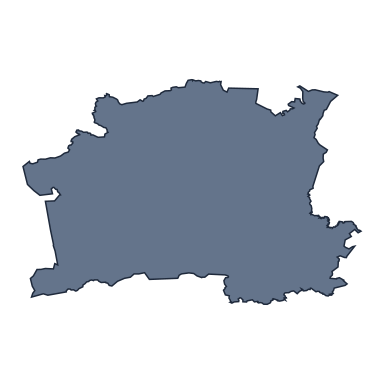 the district of Dzērbenes pag., Vecpiebalgas, Latvia
{"feature_id": "27541924B98442671693527", "entity_name": "Dzērbenes pag.", "entity_type": "district", "adm_level": 2, "iso_a3": "LVA", "parent_name": "Latvia", "parent_adm1": "Vecpiebalgas", "projection": "natural_earth1", "projection_center": [25.681, 57.222], "detail": "fine", "context": "isolated", "style": "filled", "palette": "slate", "viewbox_px": 384, "rotation_deg": 0, "n_neighbors": 0, "source": "geoboundaries", "source_scale": "gbopen_adm2", "svg_char_len": 5929}
<svg xmlns="http://www.w3.org/2000/svg" viewBox="0 0 384 384"><path d="M39.9,195.3L52.5,193.8L51.3,188.9L53.0,187.4L53.9,187.4L55.7,189.3L57.1,189.5L57.7,191.8L58.7,192.4L60.5,194.9L59.4,195.2L54.6,200.9L45.4,201.3L50.6,230.5L53.5,244.4L53.3,245.6L55.1,251.0L57.7,264.9L54.8,263.6L53.4,268.9L45.3,268.5L41.1,269.4L37.0,269.5L33.4,275.9L30.4,278.5L32.3,286.2L34.8,290.6L32.8,293.2L31.5,297.1L43.3,293.8L47.8,295.2L66.3,291.9L66.3,290.8L68.1,289.0L70.2,289.1L71.1,290.0L73.6,289.8L75.5,291.0L76.3,290.9L77.5,290.3L78.9,288.7L82.8,286.8L83.0,285.0L85.1,283.6L86.6,281.9L88.7,281.5L89.6,280.5L91.6,280.0L93.6,280.6L94.2,279.9L97.6,279.9L98.9,281.3L101.2,282.5L105.7,282.2L105.9,282.8L107.8,283.2L109.2,285.4L111.9,286.0L117.5,281.3L124.5,278.3L130.4,277.2L134.1,273.9L138.9,273.9L144.6,272.7L149.4,279.4L177.4,278.3L177.9,278.1L179.1,275.3L181.5,273.9L188.9,272.9L193.8,273.5L197.0,275.9L201.8,277.6L202.2,277.2L204.8,277.2L208.6,274.1L225.2,274.9L228.0,275.9L228.5,276.8L228.0,277.5L225.6,277.7L223.9,280.7L224.6,284.1L226.4,286.5L225.0,287.7L225.1,288.5L223.5,290.2L225.4,294.9L229.3,295.8L229.0,298.1L230.3,300.3L230.3,301.1L231.8,302.3L230.6,302.5L231.9,303.1L234.3,301.9L238.7,301.6L238.9,300.5L238.2,299.0L240.0,297.8L240.8,297.9L242.9,299.9L242.9,301.8L246.6,302.0L247.1,300.9L252.4,299.8L254.4,301.9L257.8,301.4L258.1,301.8L257.8,302.5L258.5,302.9L260.6,302.6L262.2,303.0L263.6,304.2L267.2,304.3L270.2,302.9L270.8,301.9L270.7,301.0L272.9,300.1L273.4,299.3L272.8,299.0L273.1,298.7L277.6,300.1L277.3,300.6L277.6,300.8L279.7,301.1L283.0,300.4L284.2,299.5L285.3,300.1L284.1,298.1L286.4,298.0L286.3,297.6L285.3,297.2L285.1,295.9L283.9,294.8L284.3,293.6L285.2,292.8L288.8,292.7L291.0,291.4L293.7,290.9L297.2,293.7L299.5,291.4L302.2,290.0L301.5,288.9L302.8,289.6L303.2,290.8L303.7,290.9L306.7,290.5L308.4,289.3L310.1,289.5L310.4,288.2L311.1,288.2L316.0,291.8L317.3,291.3L319.4,291.5L319.8,292.4L321.9,293.3L322.7,293.2L322.9,294.2L324.1,294.2L325.8,295.6L328.2,296.0L329.3,295.1L331.7,295.1L332.0,294.6L330.5,294.1L333.2,293.5L332.3,292.0L333.5,290.5L334.2,288.1L345.1,285.4L347.1,283.9L343.4,280.7L343.8,280.2L339.4,277.7L336.7,278.4L336.6,278.9L330.1,278.3L330.3,277.0L332.3,275.1L332.5,273.7L332.0,271.5L338.0,267.0L338.3,261.4L339.0,261.1L339.3,259.1L337.2,257.1L340.1,255.8L344.6,257.5L346.4,257.6L346.9,256.2L354.7,246.2L352.5,246.7L349.0,248.9L345.6,247.4L344.0,246.1L345.2,239.9L351.3,236.5L349.4,233.6L354.7,229.5L358.1,232.8L361.0,231.2L359.6,230.2L358.4,230.2L356.6,228.2L356.7,227.7L355.8,226.6L356.1,226.4L355.9,225.6L353.6,224.3L353.9,223.9L353.2,222.6L351.5,221.4L344.9,221.6L344.3,221.9L344.5,222.6L343.1,223.1L342.2,221.8L339.2,221.4L338.7,222.2L339.2,222.8L337.9,223.3L338.4,224.2L337.3,224.8L337.7,225.3L336.3,226.2L335.5,226.1L335.0,227.2L333.6,226.9L332.5,228.0L332.5,227.6L331.1,227.5L330.6,227.9L330.0,227.8L330.1,227.4L327.9,227.4L328.3,227.0L327.5,226.8L328.1,226.3L327.1,225.4L328.5,224.8L328.1,224.1L329.1,223.8L329.4,222.5L327.8,221.0L329.0,220.6L328.1,219.5L329.1,219.4L328.3,217.7L327.2,217.8L327.2,216.9L324.8,216.5L324.0,217.2L324.4,217.8L323.8,218.1L323.0,218.2L322.1,217.4L321.1,218.6L320.4,218.2L320.7,217.7L320.1,217.3L319.4,217.6L319.9,216.8L319.0,216.3L318.8,215.5L318.2,215.3L317.9,216.1L316.3,215.5L314.6,215.7L312.2,214.5L310.9,214.6L311.1,213.7L309.9,213.3L310.6,212.5L312.1,212.4L312.0,211.4L311.5,211.3L311.8,208.6L311.2,205.7L309.9,204.4L309.6,203.1L311.0,201.2L309.5,198.5L309.6,197.6L308.0,196.4L309.5,195.3L309.0,195.1L309.4,194.4L307.8,194.0L308.3,193.3L308.2,192.4L309.7,190.9L309.8,189.8L313.1,188.3L312.9,186.3L319.4,165.9L323.7,161.6L323.1,158.1L323.3,154.2L326.2,152.3L327.4,149.9L320.0,145.0L318.3,143.3L316.1,139.4L314.0,137.7L315.1,134.6L314.5,132.7L317.2,128.3L316.5,126.3L318.1,124.1L319.4,119.8L319.6,119.3L320.1,119.5L322.8,115.8L323.1,113.3L324.2,110.3L326.4,109.4L330.6,101.4L337.7,95.3L329.1,91.6L327.9,92.2L323.9,91.9L315.2,89.8L312.2,89.9L308.4,91.4L299.8,85.9L297.8,86.9L300.4,88.2L302.8,91.6L302.7,98.6L303.3,101.8L304.7,102.7L304.8,103.5L303.5,104.0L302.0,103.3L300.3,101.1L299.9,99.0L295.2,98.5L294.6,101.9L291.7,101.6L288.2,104.2L288.6,105.5L294.0,108.0L292.7,108.8L290.3,108.9L289.8,110.2L287.6,111.8L286.2,110.4L282.9,111.4L282.8,113.2L284.0,113.4L284.5,114.8L282.4,115.6L280.4,112.6L275.3,115.8L270.9,111.9L270.7,110.1L267.1,109.0L255.9,103.4L255.8,102.0L256.6,99.6L258.1,88.8L228.7,88.1L227.0,92.1L223.3,90.2L220.6,84.7L221.1,81.6L220.3,81.8L219.7,81.3L218.6,81.8L216.4,81.4L210.4,82.8L205.7,81.5L204.2,83.0L202.7,82.8L201.1,81.8L200.8,80.9L198.4,80.5L195.7,80.9L193.3,80.0L192.7,80.6L192.6,79.8L191.8,79.7L188.1,80.3L186.4,83.3L185.0,87.1L178.3,87.7L176.3,86.8L172.8,87.3L171.0,88.1L171.4,89.9L170.1,90.7L165.0,90.9L161.0,93.0L160.1,94.3L153.2,96.5L152.2,95.6L147.9,95.9L146.2,98.3L144.1,99.1L143.5,100.9L142.7,101.3L140.1,99.8L137.2,102.0L126.5,103.3L121.8,104.7L119.8,103.9L118.3,101.9L117.7,100.1L116.6,99.1L112.8,97.2L109.4,96.7L109.2,94.7L106.6,93.6L106.4,93.9L106.9,94.8L105.7,95.8L104.8,95.6L105.2,96.9L103.4,97.9L99.0,97.8L96.4,98.9L97.8,101.0L96.0,102.2L95.4,103.6L95.8,105.7L96.4,106.1L94.9,107.3L94.9,109.7L94.3,110.3L95.3,110.4L95.7,111.6L92.3,113.2L92.6,114.3L93.4,114.8L93.4,115.7L94.0,116.2L94.0,117.7L94.8,119.3L94.8,120.9L94.2,122.1L94.7,122.7L97.6,123.7L98.8,125.0L100.9,125.6L103.9,127.5L105.8,127.7L107.1,129.8L107.1,131.2L108.0,132.3L104.9,134.1L104.5,136.9L98.0,137.3L92.9,134.9L90.9,135.0L90.7,133.7L89.9,133.1L88.0,133.3L87.6,132.3L86.7,132.1L83.5,132.3L81.7,131.2L78.9,130.8L78.6,130.0L76.9,130.1L76.0,131.9L76.7,132.0L76.6,132.6L77.3,133.4L79.3,134.1L79.7,134.7L74.8,136.7L71.6,139.3L71.7,140.1L71.2,140.5L71.1,141.6L72.8,141.9L72.8,143.1L71.0,145.1L70.1,145.0L68.7,145.8L67.9,148.1L69.6,149.8L68.2,152.1L64.4,153.2L60.6,156.0L55.0,158.0L50.4,157.8L45.4,159.2L40.7,159.1L38.1,159.8L37.5,162.2L32.8,163.8L30.1,163.3L29.4,161.4L23.0,166.5L27.5,184.5L34.0,190.7L39.9,195.3Z" fill="#64748b" stroke="#1e293b" stroke-width="1.5"/></svg>